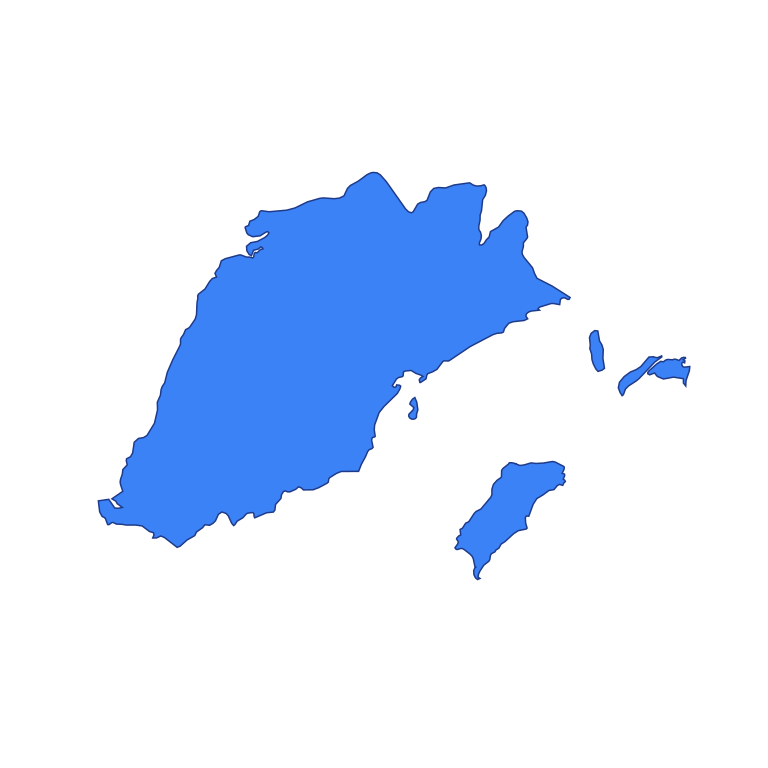 map outline of Sumatera Utara (Albers equal-area conic projection), rotated 259°
{"feature_id": "IDN-381", "entity_name": "Sumatera Utara", "entity_type": "Province", "adm_level": 1, "iso_a3": "IDN", "parent_name": "Indonesia", "parent_adm1": "", "projection": "albers", "projection_center": [98.746, 1.854], "detail": "fine", "context": "isolated", "style": "filled", "palette": "blue", "viewbox_px": 768, "rotation_deg": 259, "n_neighbors": 0, "source": "natural_earth", "source_scale": "10m", "svg_char_len": 6160}
<svg xmlns="http://www.w3.org/2000/svg" viewBox="0 0 768 768"><g transform="rotate(259 384 384)"><path d="M433.4,583.2L431.8,581.9L431.9,580.6L434.3,577.6L434.3,574.8L433.1,573.2L428.4,571.6L430.6,565.9L431.1,563.4L429.8,551.3L428.4,549.5L426.8,550.7L427.5,542.7L427.1,539.8L425.8,537.3L423.6,536.2L420.6,537.5L419.6,533.7L420.5,522.6L419.8,518.0L415.4,512.8L412.3,511.2L411.7,509.3L412.2,504.4L411.6,500.1L404.3,475.7L394.6,452.8L394.3,451.6L395.3,447.3L394.7,445.9L388.3,438.8L386.7,434.1L385.8,428.9L384.4,427.6L381.1,426.3L378.5,420.1L378.7,419.5L381.5,419.4L383.0,421.1L384.0,423.7L385.6,422.0L388.3,417.4L392.1,413.2L392.7,407.4L392.1,405.4L388.3,404.3L387.7,403.3L387.6,399.5L386.5,397.2L380.7,391.8L378.7,393.4L378.9,395.3L380.7,396.2L379.8,399.1L378.7,400.0L376.2,398.7L372.2,395.3L362.0,379.8L356.9,373.8L345.6,367.0L341.0,365.7L334.5,365.4L333.9,365.0L333.6,362.3L331.4,361.1L323.9,361.2L322.9,359.9L322.3,356.8L320.7,355.0L316.5,352.2L309.4,346.4L303.1,342.4L306.3,325.2L305.3,320.2L302.5,313.0L301.6,311.8L298.3,310.6L297.4,308.9L294.7,300.2L293.7,294.2L295.4,284.7L297.8,283.0L299.4,280.6L297.5,277.3L296.1,271.2L296.4,269.1L297.9,266.6L297.6,264.8L295.1,262.4L291.2,260.9L286.5,254.6L281.0,252.8L279.4,250.9L280.0,244.2L277.3,231.6L278.5,231.2L281.6,231.5L282.9,230.7L283.2,225.5L282.7,224.0L279.6,219.9L277.4,213.7L274.5,210.9L273.7,209.4L276.4,207.9L284.6,205.9L287.2,204.1L289.3,200.4L287.7,196.6L281.9,192.5L279.9,189.6L278.6,185.9L280.0,181.3L277.5,178.4L274.5,171.7L271.3,169.3L268.4,160.8L263.7,152.9L263.1,149.8L275.3,139.1L277.4,135.9L276.3,131.3L277.0,127.6L279.7,129.4L282.1,129.3L283.9,125.7L290.8,119.5L293.0,113.1L294.7,104.1L296.2,100.2L297.6,94.5L299.6,91.9L300.0,90.6L298.4,87.2L298.8,85.9L304.9,84.9L306.4,83.9L307.8,82.0L312.8,80.5L323.8,81.3L323.3,91.8L313.7,96.0L312.7,99.4L312.8,103.6L317.5,99.2L320.0,98.5L323.2,95.0L328.5,107.1L335.6,106.2L338.3,106.3L340.9,107.3L345.4,109.9L349.8,111.3L353.6,116.5L358.1,116.4L359.7,117.0L361.0,121.3L364.3,124.1L374.5,127.7L377.4,132.6L377.3,137.8L378.7,141.5L389.3,151.2L401.7,156.7L409.3,158.0L415.7,162.4L421.0,164.1L423.7,165.7L427.1,169.0L436.8,173.5L448.0,181.2L460.2,190.7L462.1,191.9L466.7,192.8L468.2,193.8L470.8,196.6L475.2,199.6L476.2,203.0L477.3,204.6L483.7,211.0L487.6,213.1L499.5,216.0L503.7,217.6L506.0,217.9L507.6,219.0L511.4,226.4L517.9,232.4L520.3,235.6L520.9,240.0L524.9,239.2L527.5,241.4L529.9,244.5L536.0,247.8L537.3,252.1L538.3,266.4L538.0,268.1L534.9,273.1L534.2,276.3L532.8,279.2L533.5,280.3L536.6,281.4L537.7,282.6L537.0,284.4L539.7,288.6L539.6,290.9L540.3,291.0L541.4,290.3L542.1,289.0L540.5,286.4L540.1,281.4L535.3,278.4L536.8,276.4L540.9,274.8L545.4,275.3L548.1,280.0L548.1,286.9L550.5,294.8L552.2,297.9L554.2,299.9L555.8,298.9L555.6,297.1L553.1,290.7L553.6,283.3L556.4,279.3L558.3,278.2L563.8,277.5L564.7,277.9L565.5,281.3L569.4,283.4L570.2,287.8L572.5,292.4L576.8,294.9L577.3,295.7L577.5,296.8L575.0,304.1L573.2,321.7L573.8,330.2L577.4,343.7L578.5,356.5L578.2,360.1L575.4,370.5L575.0,375.7L576.3,380.6L582.9,385.4L585.3,388.8L587.9,397.1L592.7,407.2L593.7,411.0L593.8,413.5L592.6,417.5L590.0,420.3L582.2,424.9L551.7,438.6L548.4,440.9L547.1,443.0L546.9,444.0L547.6,445.6L554.2,451.4L555.2,454.4L555.2,458.8L556.1,461.3L563.8,466.2L566.5,470.2L566.5,474.9L564.7,481.9L566.0,490.6L565.2,505.8L564.9,506.8L562.4,509.3L560.6,512.7L560.1,516.9L560.4,520.3L559.0,521.2L557.1,521.7L554.1,521.5L549.9,519.5L546.1,516.0L535.3,512.7L531.5,510.6L526.4,509.5L520.7,507.1L517.2,506.6L514.7,507.7L511.1,507.9L507.9,506.9L504.0,504.4L502.4,504.3L501.8,506.4L502.9,509.0L506.0,512.0L508.3,515.3L513.3,517.6L516.2,526.4L521.6,532.1L525.1,537.8L528.6,545.0L528.7,547.6L527.5,551.9L524.9,554.0L519.7,555.8L515.8,556.3L512.6,555.2L511.1,553.6L510.0,553.3L500.9,553.0L499.8,552.3L496.0,547.8L492.4,547.1L487.2,544.6L484.7,544.6L481.6,545.6L469.7,552.0L463.6,552.9L458.5,554.4L448.0,567.8L433.4,583.2ZM281.5,490.7L282.8,492.0L282.2,494.8L280.2,499.2L280.2,498.4L278.1,501.9L277.8,505.8L278.5,513.3L277.0,518.0L276.0,525.3L275.8,534.6L274.7,537.2L268.9,544.6L267.9,545.1L265.6,544.3L262.3,541.8L261.1,544.0L259.6,543.9L256.4,541.8L255.0,543.1L253.6,543.4L252.6,541.7L250.4,540.1L252.0,537.0L251.1,534.6L247.9,530.7L248.0,525.6L244.8,518.9L242.4,512.2L237.5,507.5L226.6,500.9L227.3,498.5L225.7,497.2L220.2,496.5L215.3,497.0L214.5,496.1L214.4,487.9L212.4,482.8L206.2,472.7L204.5,468.4L200.8,465.3L199.9,462.5L198.1,460.9L196.9,457.0L195.2,455.7L191.4,454.3L190.0,453.1L187.2,447.5L182.2,442.6L179.6,440.7L176.5,439.4L174.8,441.1L174.2,438.5L176.3,436.8L179.6,435.9L183.6,436.4L186.2,438.1L186.7,439.1L187.3,438.4L195.6,438.3L198.3,437.5L200.7,435.9L206.1,431.2L207.4,429.7L207.9,428.0L207.5,424.5L207.9,423.3L209.7,422.4L212.8,425.7L214.9,426.9L218.0,425.6L219.0,426.2L220.7,428.6L221.1,430.5L226.7,430.9L227.5,433.5L231.8,437.6L232.5,440.5L233.3,441.6L239.8,447.9L241.3,450.1L242.8,455.3L252.4,467.1L254.7,468.8L260.3,469.9L264.6,472.3L267.9,476.6L270.1,481.5L276.8,483.0L278.5,484.8L281.5,490.7ZM352.7,671.8L353.0,673.4L352.7,675.0L350.8,678.1L352.8,681.1L353.0,683.1L352.5,684.9L351.7,684.9L350.8,682.4L349.2,683.8L347.4,683.1L348.4,681.5L347.7,680.4L346.0,680.0L344.0,680.7L343.2,682.1L342.8,687.5L338.8,686.3L329.7,681.1L324.5,679.8L327.8,678.1L332.1,678.9L335.5,669.5L335.6,659.3L338.7,654.5L339.8,653.4L343.2,651.7L342.3,646.6L343.7,644.9L345.1,645.2L346.4,646.7L351.6,655.5L353.4,659.9L352.5,662.7L353.7,664.8L354.0,667.1L352.7,671.8ZM350.0,634.3L352.1,639.4L359.9,649.2L359.3,654.2L359.3,653.4L357.6,657.2L358.6,661.9L357.6,661.9L354.0,654.2L340.7,635.5L338.8,632.0L335.5,623.8L333.0,620.1L327.8,616.9L327.1,615.5L330.7,614.1L335.6,613.3L340.8,615.5L345.4,621.1L348.7,628.0L350.0,634.3ZM358.4,594.8L363.7,593.3L368.1,592.8L374.0,593.5L379.5,592.8L382.8,593.9L390.5,594.6L394.2,597.0L396.2,601.0L395.3,604.0L385.2,603.8L380.6,605.4L376.0,605.8L367.4,603.8L357.3,603.4L356.0,600.7L355.5,596.5L358.4,594.8ZM359.4,405.5L361.3,406.6L363.8,409.2L364.8,411.7L359.9,412.7L352.2,412.3L348.2,410.2L345.1,409.5L344.0,408.0L343.8,406.2L344.4,404.2L345.8,402.7L347.9,402.1L349.7,402.8L353.0,407.6L355.1,408.8L359.4,405.5Z" fill="#3b82f6" stroke="#1e3a8a" stroke-width="1.5"/></g></svg>